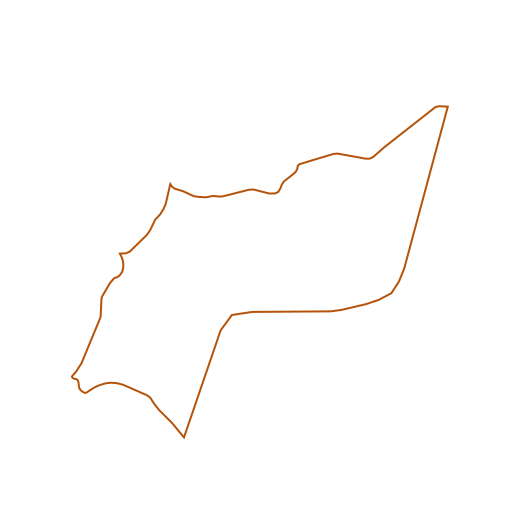 an SVG outline of El Oued, rotated 285°
{"feature_id": "DZA-2191", "entity_name": "El Oued", "entity_type": "Province", "adm_level": 1, "iso_a3": "DZA", "parent_name": "Algeria", "parent_adm1": "", "projection": "natural_earth1", "projection_center": [6.786, 33.25], "detail": "fine", "context": "isolated", "style": "outline", "palette": "amber", "viewbox_px": 512, "rotation_deg": 285, "n_neighbors": 0, "source": "natural_earth", "source_scale": "10m", "svg_char_len": 1500}
<svg xmlns="http://www.w3.org/2000/svg" viewBox="0 0 512 512"><g transform="rotate(285 256 256)"><path d="M319.6,237.1L319.8,252.7L321.3,258.1L323.7,260.9L327.3,262.0L331.8,262.5L335.3,263.7L345.9,271.6L347.8,272.6L349.7,273.2L351.8,273.3L353.7,272.9L355.9,274.2L365.0,288.8L374.7,304.5L376.0,308.2L377.4,324.7L378.4,336.8L379.5,340.7L379.6,340.9L382.3,343.8L394.0,351.6L409.4,363.1L429.5,378.2L445.7,390.3L447.0,392.0L448.1,394.2L449.9,402.6L282.2,402.4L268.5,400.7L255.1,396.4L245.4,385.9L237.9,374.6L226.0,352.4L221.9,342.6L201.0,266.8L192.8,248.0L175.1,241.1L62.1,233.4L73.0,218.1L82.2,202.1L87.3,195.4L91.4,191.0L92.6,188.7L93.4,186.0L97.2,161.1L97.2,155.4L96.9,152.8L96.0,148.5L94.4,144.4L93.4,142.5L90.5,138.0L87.0,133.7L80.3,127.7L79.8,127.0L79.5,126.2L79.7,124.7L80.1,123.3L80.8,121.8L81.5,120.7L82.5,119.7L83.6,119.0L87.5,117.4L89.3,116.5L90.3,115.3L90.5,113.7L90.4,111.8L91.0,110.2L91.6,109.6L91.9,109.4L92.3,109.5L98.2,112.3L107.3,115.2L156.8,121.7L175.3,117.7L177.0,117.8L192.2,122.0L197.7,124.6L198.6,125.7L199.3,127.0L200.3,128.1L201.8,129.2L203.6,130.0L205.0,130.5L207.0,130.9L210.0,130.8L213.0,130.2L216.5,128.9L219.8,126.8L223.1,123.9L224.9,129.7L227.7,133.0L248.3,145.2L253.7,147.1L264.9,149.2L271.3,152.6L277.8,154.6L283.2,155.3L303.2,154.6L303.3,154.6L301.3,156.8L300.0,160.0L299.7,168.7L297.7,180.4L298.2,185.0L299.5,191.4L300.2,193.5L302.9,198.9L303.9,205.0L304.8,208.0L310.8,218.9L318.2,232.0L319.6,236.6L319.6,237.1Z" fill="none" stroke="#b45309" stroke-width="2"/></g></svg>